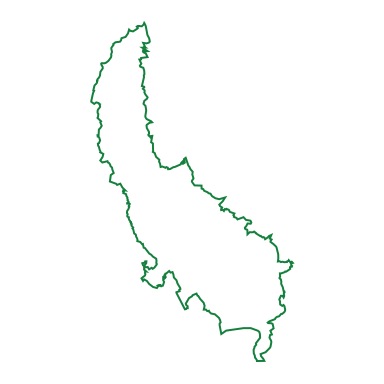 the district of Caianu Mic, Bistrita-Nasaud, Romania
{"feature_id": "2599482B87511359421841", "entity_name": "Caianu Mic", "entity_type": "district", "adm_level": 2, "iso_a3": "ROU", "parent_name": "Romania", "parent_adm1": "Bistrita-Nasaud", "projection": "mercator", "projection_center": [24.122, 47.268], "detail": "fine", "context": "isolated", "style": "outline", "palette": "green", "viewbox_px": 384, "rotation_deg": 0, "n_neighbors": 0, "source": "geoboundaries", "source_scale": "gbopen_adm2", "svg_char_len": 6007}
<svg xmlns="http://www.w3.org/2000/svg" viewBox="0 0 384 384"><path d="M271.3,342.5L271.2,340.9L269.5,337.7L270.0,335.1L271.9,334.5L270.4,330.7L273.6,328.4L272.7,324.1L271.6,323.3L268.1,323.1L267.7,322.6L269.4,321.3L274.9,319.2L275.6,317.9L277.1,316.8L279.1,316.3L281.2,313.9L282.2,313.9L284.3,312.1L285.1,310.7L285.1,309.2L284.4,306.1L283.5,305.0L282.3,305.9L280.2,304.5L280.0,301.3L279.3,299.4L280.9,295.8L282.5,295.8L283.6,297.5L284.2,296.0L283.8,293.5L284.6,292.2L284.4,291.6L283.8,291.9L282.8,287.3L281.2,283.9L281.3,281.3L280.8,279.3L279.6,278.4L279.5,277.8L280.1,276.8L279.9,273.4L281.2,273.4L284.8,272.1L285.2,271.5L286.3,271.6L290.2,268.9L289.9,267.3L290.6,266.5L291.7,266.8L292.1,266.0L291.5,265.4L290.9,263.4L292.8,262.9L291.7,261.7L290.3,262.3L288.7,260.2L288.2,261.1L287.2,261.3L287.0,262.0L284.2,262.2L282.5,261.7L280.9,262.1L279.6,261.2L277.9,261.5L278.3,258.6L278.2,254.2L276.6,247.8L276.2,246.7L273.5,244.1L270.5,241.9L270.5,241.1L271.6,239.5L269.8,238.6L271.3,235.0L268.9,236.1L267.8,237.4L265.1,239.2L264.3,237.5L263.4,237.1L262.4,237.4L260.8,235.9L260.3,236.1L255.9,233.3L256.0,233.0L254.1,231.6L253.0,232.3L249.7,232.2L247.5,234.3L247.4,230.3L247.0,229.6L245.6,229.2L245.0,228.6L244.9,227.6L246.1,226.4L247.6,223.5L250.7,223.7L251.3,222.7L250.9,221.4L250.2,220.6L246.0,219.9L243.5,217.2L237.5,219.4L236.6,218.0L233.9,216.9L234.1,216.0L233.4,215.2L234.4,213.5L229.9,211.9L228.8,209.8L226.4,208.9L226.0,209.5L224.9,209.1L223.9,211.0L222.8,209.8L221.2,210.1L221.1,209.2L222.1,207.5L220.1,206.2L219.3,204.6L222.6,201.4L225.1,197.5L219.1,199.2L215.3,198.2L212.0,196.1L210.5,193.7L208.5,193.2L207.7,192.3L204.2,190.8L203.2,189.1L201.6,188.6L201.5,185.6L194.5,185.4L191.9,181.7L191.9,180.9L193.5,178.4L192.3,174.5L192.7,171.8L190.2,168.8L189.4,166.8L188.4,165.7L185.7,157.8L184.0,159.1L184.8,162.6L182.9,163.8L181.7,163.5L182.9,161.9L182.8,161.3L181.3,162.8L180.5,164.5L174.7,167.0L173.3,167.2L170.2,169.0L168.1,169.2L167.8,167.7L166.3,167.1L165.6,167.8L162.3,166.5L160.6,167.0L160.1,163.9L159.1,161.6L159.3,159.7L156.1,156.9L154.7,153.0L152.8,151.9L153.1,150.9L152.9,143.5L151.1,142.2L152.3,135.9L150.8,136.1L150.4,137.2L149.3,135.8L148.7,135.7L148.3,134.8L149.0,133.7L149.0,131.9L146.9,128.2L146.5,125.6L146.8,124.8L149.5,122.8L152.1,122.3L151.2,121.3L146.7,119.1L145.6,117.5L145.3,116.2L146.2,110.6L146.0,109.0L145.5,106.0L143.5,103.8L144.3,100.9L147.0,98.7L147.6,97.3L145.5,94.6L144.4,92.5L144.7,90.9L144.4,90.1L142.9,88.8L144.3,87.2L144.1,86.7L141.9,86.1L144.0,77.1L143.8,75.3L144.4,74.3L144.2,70.6L143.3,67.8L140.3,66.7L139.9,65.7L141.3,63.7L139.4,59.5L141.1,59.3L141.1,58.0L147.5,57.1L145.8,53.4L143.4,52.3L143.5,51.3L143.0,51.1L143.2,50.2L145.8,51.2L147.5,51.1L142.3,47.7L145.6,47.6L143.5,46.0L144.8,46.3L143.2,42.9L146.5,43.4L148.9,42.6L149.8,41.6L149.2,38.4L147.4,34.9L145.8,26.3L145.2,24.7L144.2,23.0L143.5,24.7L141.8,26.3L138.0,25.9L136.8,26.6L137.9,28.0L137.0,28.9L133.0,31.4L130.3,30.8L129.1,29.6L128.0,33.4L125.6,36.9L121.5,38.2L121.0,40.4L120.0,41.7L115.4,42.3L113.2,44.1L113.5,44.9L111.4,47.7L111.3,48.6L112.0,51.9L111.1,54.5L111.4,55.7L110.9,57.5L108.3,61.0L105.9,62.8L104.4,63.3L101.6,63.2L101.2,63.7L101.4,64.8L102.7,66.9L102.7,68.5L100.4,71.8L100.0,75.4L99.2,77.3L97.4,79.4L97.5,80.6L97.0,80.7L97.0,82.5L96.6,83.3L94.5,85.5L93.3,90.4L94.1,90.7L93.0,93.2L91.2,101.4L91.4,101.9L94.2,103.9L96.3,102.4L98.7,103.1L98.8,103.7L100.0,104.3L99.7,104.8L100.1,106.5L99.8,107.4L98.0,109.6L97.6,110.9L97.6,112.9L98.3,114.0L98.0,117.0L97.5,117.9L101.1,121.3L100.3,122.2L101.7,125.8L100.3,128.1L98.9,129.5L98.6,135.1L97.5,135.2L97.7,136.6L98.7,136.8L99.4,138.1L100.1,140.4L99.0,143.1L97.9,143.6L98.1,145.6L98.9,146.7L99.7,149.9L100.5,151.5L100.2,152.3L103.3,153.9L102.6,156.9L100.3,160.5L102.3,162.5L107.5,161.2L108.0,162.5L109.1,163.1L110.1,164.5L110.4,165.9L112.0,167.6L112.4,169.7L113.7,173.0L110.8,175.0L109.9,181.5L116.2,183.8L117.1,184.9L120.3,183.7L122.4,187.5L125.3,190.4L123.4,190.1L123.0,191.4L123.8,191.8L123.3,193.0L126.1,194.2L126.4,196.0L127.4,197.4L127.3,198.6L127.8,199.6L127.5,200.2L128.5,201.6L127.7,203.0L127.1,203.2L127.2,203.6L129.2,203.3L129.8,204.0L128.7,206.0L128.8,206.9L129.2,207.0L128.4,209.1L127.1,211.1L127.0,213.1L127.7,214.2L127.2,216.0L127.6,216.8L128.9,217.3L128.7,218.4L129.2,219.9L129.9,220.6L130.3,222.0L131.0,222.1L130.9,223.5L131.5,223.5L131.7,224.0L131.5,225.7L133.2,227.7L132.5,228.5L133.3,229.6L134.2,233.5L135.8,234.6L136.1,236.5L137.1,238.4L137.5,239.9L137.3,241.1L140.3,242.0L142.2,244.3L142.9,244.0L143.7,247.7L145.0,248.1L149.3,253.6L151.3,254.8L152.9,256.6L156.2,258.7L156.5,260.8L156.3,263.0L156.8,264.0L156.7,264.5L154.4,267.6L152.7,268.8L151.7,267.8L149.1,269.3L147.7,267.0L145.0,267.4L144.6,265.2L146.2,263.3L146.4,261.3L145.2,261.3L144.5,262.7L142.3,263.2L143.1,265.4L144.1,266.1L144.1,269.5L146.1,271.4L145.0,271.2L145.3,271.9L144.9,272.9L145.4,274.0L145.0,275.5L141.5,278.3L143.0,280.9L144.1,279.4L146.9,281.0L149.2,284.0L153.1,287.0L156.9,288.0L158.3,286.0L157.7,285.6L158.6,285.1L160.3,285.0L160.1,286.0L161.2,286.3L162.9,285.6L164.1,281.9L163.2,280.2L163.2,276.8L163.7,276.4L164.3,278.7L165.0,278.1L165.7,277.1L165.1,276.4L165.2,275.3L164.7,274.7L165.3,273.8L165.6,274.0L169.2,271.0L170.5,272.6L172.5,272.1L173.4,274.4L173.9,277.5L176.5,280.3L177.5,283.5L180.2,288.0L180.4,289.1L179.2,290.0L179.6,291.2L176.4,292.2L176.5,293.0L184.9,309.3L186.2,309.0L186.7,308.1L187.7,308.1L187.6,306.2L186.2,305.0L185.8,303.6L189.0,298.1L192.0,296.3L192.6,295.2L196.5,293.6L197.5,295.7L198.2,295.9L200.2,299.0L203.6,302.7L204.6,305.8L203.8,309.6L205.8,309.5L207.3,311.1L208.9,310.8L209.0,311.5L211.1,313.5L214.9,314.3L219.0,317.9L220.1,320.2L220.6,322.4L219.7,323.5L219.6,325.1L221.3,334.0L226.2,330.6L243.8,328.1L250.7,328.1L257.8,330.7L259.3,331.9L259.9,334.0L260.1,337.8L255.9,343.3L256.2,344.7L254.5,346.8L254.5,347.5L253.6,349.8L253.8,353.4L254.8,355.6L255.0,357.5L256.7,359.7L256.9,361.0L264.3,360.9L263.2,358.7L261.1,356.2L260.6,354.1L265.6,352.2L270.0,347.7L270.5,346.7L271.3,342.5Z" fill="none" stroke="#15803d" stroke-width="2"/></svg>